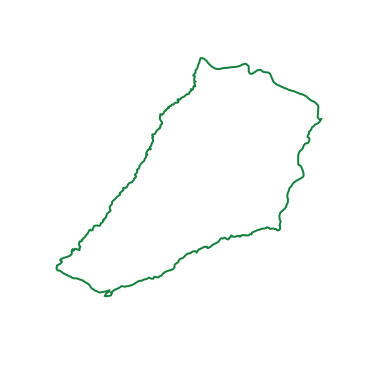 outline of Toledo, Antioquia, Colombia, rotated 45°
{"feature_id": "7082276B75943482080922", "entity_name": "Toledo", "entity_type": "district", "adm_level": 2, "iso_a3": "COL", "parent_name": "Colombia", "parent_adm1": "Antioquia", "projection": "robinson", "projection_center": [-75.717, 7.008], "detail": "fine", "context": "isolated", "style": "outline", "palette": "green", "viewbox_px": 384, "rotation_deg": 45, "n_neighbors": 0, "source": "geoboundaries", "source_scale": "gbopen_adm2", "svg_char_len": 6050}
<svg xmlns="http://www.w3.org/2000/svg" viewBox="0 0 384 384"><g transform="rotate(45 192 192)"><path d="M231.8,49.1L230.8,50.5L229.5,50.6L228.1,50.2L227.3,49.5L220.9,42.2L219.6,41.6L215.9,41.6L214.7,41.7L212.7,42.7L210.0,43.3L205.2,43.6L201.5,44.7L198.7,46.3L193.0,48.6L188.1,51.5L185.8,52.0L184.7,52.8L175.3,56.3L171.5,56.4L163.9,53.3L162.6,53.2L161.6,53.5L159.0,55.6L157.4,56.6L156.8,56.9L155.0,57.0L154.3,57.2L153.2,58.2L152.2,59.7L151.2,65.0L150.7,66.2L149.7,67.1L148.1,67.1L146.9,66.7L143.8,63.5L142.8,62.9L139.9,63.2L139.0,63.6L137.7,65.7L137.0,68.2L136.0,70.4L133.6,73.7L131.9,75.5L128.7,79.8L126.5,82.2L124.2,86.1L122.0,87.8L120.2,88.6L116.6,89.4L113.6,89.5L109.3,89.0L106.6,89.2L104.8,89.9L103.5,91.1L103.9,92.3L105.7,95.6L106.4,97.5L107.9,100.1L108.3,101.1L108.4,103.2L108.7,103.8L110.1,105.3L110.3,108.4L110.9,108.7L112.2,108.2L114.2,111.2L114.7,111.6L116.3,111.6L116.0,112.6L116.1,113.0L118.5,114.2L119.4,114.9L119.2,115.4L118.4,115.5L118.4,115.9L120.0,118.9L119.9,119.4L119.1,119.7L118.7,120.0L119.7,121.0L119.7,123.4L120.5,124.5L120.3,125.1L119.1,126.8L119.1,129.6L117.9,133.2L118.1,134.2L118.0,135.5L117.7,135.9L116.5,136.3L116.4,136.6L116.8,137.2L118.6,137.8L118.8,138.3L118.7,138.7L116.9,141.1L117.1,143.1L116.1,144.2L116.1,146.4L115.6,147.2L115.2,148.8L115.4,149.2L115.8,148.6L116.0,148.5L116.1,148.8L115.6,151.0L115.6,152.0L115.9,152.7L115.4,152.9L115.6,153.2L115.6,154.9L116.3,156.9L116.2,158.7L115.8,159.0L115.2,158.8L114.9,159.0L114.7,159.5L117.3,162.9L119.1,163.5L120.5,163.8L121.3,163.7L121.6,164.2L122.5,164.8L122.5,167.2L123.4,168.1L123.7,169.4L124.1,169.3L124.2,169.8L123.7,172.2L123.8,174.5L124.6,176.5L124.6,177.3L124.2,178.3L123.4,179.2L123.4,179.6L123.8,180.0L124.8,180.5L125.5,180.4L125.8,180.7L125.6,181.8L125.9,182.0L126.9,182.2L128.7,183.8L129.2,186.3L129.8,187.0L130.4,188.2L130.4,189.9L130.8,190.4L132.0,190.4L132.5,191.1L132.3,191.6L131.6,191.8L131.1,192.4L131.2,194.0L132.3,197.2L132.8,197.4L133.7,197.1L134.1,197.5L133.7,198.2L133.7,198.4L134.9,199.8L135.2,202.2L135.9,203.2L136.2,204.1L135.9,205.3L136.0,208.4L136.6,211.0L137.6,212.2L137.8,213.0L137.5,215.4L137.9,215.8L138.9,216.2L139.4,216.8L139.4,220.1L139.8,220.4L141.2,220.4L141.8,221.2L141.6,223.4L142.3,224.6L142.4,225.9L142.7,226.7L142.5,227.7L141.4,229.8L141.4,231.4L141.5,232.1L142.3,233.9L142.4,234.9L142.2,235.8L140.7,237.5L140.6,237.9L140.8,238.3L141.7,238.6L142.1,239.2L141.9,242.1L141.6,243.3L141.8,243.8L142.7,244.3L143.0,245.2L142.5,247.7L142.6,251.9L142.3,254.6L142.4,255.2L142.9,256.0L143.9,257.1L144.0,259.7L144.5,260.9L145.9,262.1L147.4,262.6L147.8,263.3L147.3,267.1L148.2,269.3L148.6,269.8L149.0,270.7L149.1,272.5L148.9,273.4L149.5,274.2L149.1,275.0L150.0,276.0L150.2,276.7L149.7,278.0L149.6,278.7L150.6,280.3L150.5,281.4L147.9,283.4L147.0,284.9L147.0,286.2L147.7,287.3L148.0,288.5L148.6,289.2L148.3,290.1L147.9,290.5L146.8,290.6L146.5,291.4L146.5,291.8L147.6,295.2L147.6,298.0L148.1,298.7L148.1,300.9L147.8,301.8L148.3,303.0L147.9,303.8L148.6,304.2L148.7,304.9L148.3,305.8L147.7,306.2L147.7,306.8L148.8,308.6L150.1,309.6L151.4,309.5L151.8,309.8L152.0,311.3L153.2,312.0L153.4,312.5L151.6,313.8L150.5,314.1L149.3,314.9L149.2,315.2L149.8,316.6L149.7,317.2L149.4,317.3L148.1,317.1L148.2,317.9L148.7,318.4L149.0,319.3L149.8,319.8L150.7,320.8L150.9,322.9L149.7,326.1L147.5,329.9L146.8,332.9L147.1,333.5L149.1,333.2L149.5,333.8L149.7,335.6L148.6,339.1L148.6,339.7L150.5,342.1L152.3,342.4L152.5,342.1L152.9,342.1L154.7,340.8L158.1,340.5L161.3,339.6L162.7,338.9L164.5,338.6L166.3,337.6L168.0,337.4L170.3,335.9L171.8,334.3L173.1,334.0L176.8,332.0L184.0,330.3L185.7,330.4L188.0,331.0L189.6,331.0L191.3,330.5L193.6,330.2L194.6,329.5L196.9,328.9L198.3,327.7L200.0,325.3L202.1,322.0L203.1,320.0L203.8,320.7L203.0,322.8L203.3,323.0L203.2,324.7L203.4,325.9L203.9,327.1L205.1,326.4L205.9,325.1L206.8,324.1L207.8,322.3L206.8,320.1L205.9,320.3L206.6,315.2L207.1,314.7L207.6,312.8L208.3,311.4L208.7,308.7L209.1,307.9L209.9,307.6L211.9,306.0L212.3,305.0L213.8,303.1L214.7,301.6L216.1,298.4L216.6,295.0L217.0,294.3L217.2,292.9L217.8,291.8L219.3,290.1L219.8,288.0L221.4,285.7L222.1,282.9L224.4,282.1L225.6,281.1L225.9,280.6L225.5,279.7L225.4,278.4L227.6,277.1L228.6,276.1L228.6,274.6L229.5,273.1L229.2,270.4L229.6,267.3L230.5,265.2L232.3,262.0L233.3,259.9L232.8,257.5L231.5,256.3L231.1,255.4L231.8,251.2L231.2,250.3L230.9,249.1L231.0,247.9L232.3,244.7L232.2,239.8L232.6,238.6L234.1,236.4L234.6,233.4L235.9,231.8L236.4,231.4L237.2,231.3L237.7,231.6L238.1,231.5L237.5,229.0L237.5,227.7L238.5,225.4L238.8,224.0L239.8,221.5L240.6,221.1L241.2,220.1L241.7,220.1L242.5,220.6L243.1,220.0L243.8,217.6L244.1,214.3L245.1,211.5L245.9,208.5L245.3,205.5L245.4,204.2L245.7,203.7L246.7,203.1L247.2,201.7L247.7,201.0L249.9,200.8L251.0,200.0L251.2,199.3L250.8,198.1L251.1,196.9L250.6,195.6L250.5,195.0L251.2,194.7L252.0,194.9L253.7,193.7L254.2,193.1L255.3,190.6L256.1,190.0L256.9,190.1L257.5,189.5L257.6,189.1L257.3,188.8L258.0,187.9L257.9,187.4L258.2,186.7L258.9,185.9L260.0,185.3L260.7,184.3L261.9,183.7L262.6,182.7L262.8,182.1L262.7,181.1L263.2,180.5L263.9,180.0L263.3,178.1L263.3,177.7L264.9,173.8L265.1,172.9L266.4,170.9L267.0,169.0L269.3,166.3L269.9,164.9L270.0,163.9L271.6,163.1L273.3,162.8L275.4,160.2L276.7,159.8L277.1,159.2L277.8,158.8L279.0,158.8L279.7,158.5L280.4,157.7L280.5,156.6L280.2,155.5L278.8,154.4L278.5,153.8L277.4,153.6L275.4,150.0L274.2,149.7L272.5,148.7L270.5,146.9L269.3,144.6L269.1,143.4L269.4,139.0L269.2,136.6L268.8,135.4L267.7,133.7L267.2,131.7L264.8,129.0L263.0,128.3L261.4,126.4L260.5,125.1L259.9,123.4L258.3,120.5L258.2,119.8L258.2,117.8L257.5,115.2L257.3,113.3L257.8,110.5L259.7,103.7L259.7,102.4L259.2,101.4L257.9,100.1L255.7,98.8L251.8,97.1L250.1,96.7L248.2,97.4L247.4,97.2L241.6,91.4L240.7,90.1L239.6,87.9L239.4,86.7L239.6,83.7L239.3,82.5L238.1,79.9L237.9,78.2L238.1,77.2L239.2,75.5L239.1,73.8L238.0,71.9L237.1,71.1L236.6,71.0L235.1,71.3L234.4,70.9L234.0,70.2L233.5,67.9L232.6,67.4L232.2,66.8L232.3,64.6L231.1,61.1L231.5,59.4L231.3,57.4L232.6,54.2L232.5,51.9L232.1,49.9L231.8,49.1Z" fill="none" stroke="#15803d" stroke-width="2"/></g></svg>